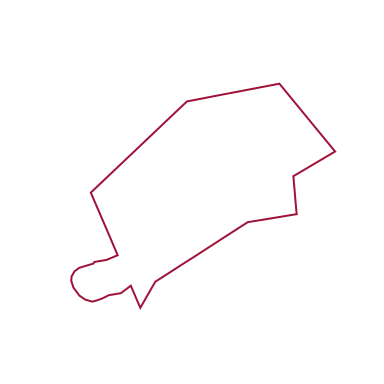 Schiermonnikoog, Friesland, Netherlands, rotated 156°
{"feature_id": "6326949B70840390400292", "entity_name": "Schiermonnikoog", "entity_type": "district", "adm_level": 2, "iso_a3": "NLD", "parent_name": "Netherlands", "parent_adm1": "Friesland", "projection": "mercator", "projection_center": [6.273, 53.477], "detail": "fine", "context": "isolated", "style": "outline", "palette": "rose", "viewbox_px": 384, "rotation_deg": 156, "n_neighbors": 0, "source": "geoboundaries", "source_scale": "gbopen_adm2", "svg_char_len": 900}
<svg xmlns="http://www.w3.org/2000/svg" viewBox="0 0 384 384"><g transform="rotate(156 192 192)"><path d="M159.7,276.8L173.2,272.1L223.6,254.2L284.7,232.6L285.3,183.0L285.4,178.7L285.5,173.5L285.6,164.5L297.6,164.7L309.6,167.8L311.4,166.7L319.4,167.8L326.0,168.6L327.6,168.2L331.4,167.4L336.3,163.9L338.4,160.1L339.2,152.9L337.0,143.1L333.2,137.0L327.8,132.5L324.3,131.8L320.4,131.5L318.9,131.3L314.0,131.3L310.1,131.6L298.1,128.5L286.0,131.3L286.1,125.3L286.1,122.8L286.2,118.4L286.3,107.2L274.2,116.1L262.0,125.0L251.2,126.6L240.3,128.3L229.5,130.0L218.6,131.6L207.7,133.3L196.9,135.0L186.0,136.7L175.2,138.4L164.3,140.1L153.4,141.8L140.2,138.3L126.9,134.8L116.1,132.0L105.4,129.2L101.3,141.2L97.1,153.2L93.0,165.2L81.0,166.6L68.9,168.0L56.9,169.4L44.8,170.8L51.5,195.0L59.8,225.2L68.1,255.4L86.1,259.6L130.4,270.0L145.7,273.5L159.7,276.8Z" fill="none" stroke="#9f1239" stroke-width="2"/></g></svg>